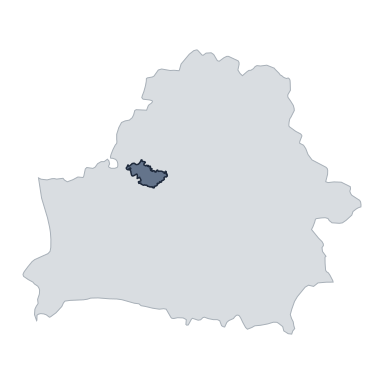 Valozhyn, Minsk, Belarus shown in context
{"feature_id": "67162791B19881563690612", "entity_name": "Valozhyn", "entity_type": "district", "adm_level": 2, "iso_a3": "BLR", "parent_name": "Belarus", "parent_adm1": "Minsk", "projection": "orthographic", "projection_center": [26.67, 54.05], "detail": "fine", "context": "in_parent", "style": "filled", "palette": "slate", "viewbox_px": 384, "rotation_deg": 0, "n_neighbors": 0, "source": "geoboundaries", "source_scale": "gbopen_adm2", "svg_char_len": 8602}
<svg xmlns="http://www.w3.org/2000/svg" viewBox="0 0 384 384"><path d="M333.1,282.1L326.2,282.2L318.0,282.9L313.6,286.4L308.5,285.2L305.1,287.2L297.4,296.6L294.5,301.5L291.8,309.1L290.3,314.6L291.5,318.4L293.2,321.8L293.8,325.6L294.7,328.6L292.8,330.9L291.7,334.1L288.2,333.7L283.8,330.9L282.7,326.6L279.2,323.8L277.0,322.3L273.4,322.2L267.8,323.9L260.4,325.3L254.8,325.8L251.8,327.5L247.4,329.2L245.6,327.5L242.9,322.6L240.6,317.8L239.2,315.7L237.9,315.1L236.4,315.3L234.7,316.9L233.5,318.5L228.8,320.6L226.8,322.4L224.7,327.0L223.2,326.7L221.6,325.7L219.7,320.7L217.2,319.6L213.2,319.6L208.3,318.6L204.4,317.2L202.9,317.6L200.6,319.8L198.1,320.2L192.5,318.3L191.4,319.2L188.3,324.9L186.8,325.2L185.9,324.5L186.3,319.6L183.1,317.9L177.6,317.7L173.8,318.5L171.9,318.3L170.9,317.4L166.2,309.2L163.7,308.7L159.3,309.2L152.7,308.2L145.2,306.4L141.1,305.7L138.9,303.8L134.3,303.2L121.9,299.7L116.8,299.0L109.4,298.8L98.0,297.9L90.7,298.1L87.3,299.2L83.4,299.8L69.9,300.4L65.0,301.1L63.5,302.8L61.8,306.5L56.0,312.8L50.4,316.9L49.4,317.2L46.3,314.8L43.7,313.9L40.6,313.6L38.4,314.2L37.0,315.2L36.9,320.2L36.6,320.7L34.5,314.6L34.9,309.2L36.3,306.2L38.1,303.5L37.6,299.4L39.4,294.0L39.6,290.0L39.0,288.2L37.8,286.2L34.4,283.9L32.9,282.1L28.3,279.6L23.7,276.5L23.0,274.7L23.3,273.5L24.2,271.7L28.0,266.6L32.1,261.6L34.7,259.6L48.0,253.6L50.1,251.3L50.8,247.4L50.9,239.5L50.4,232.2L49.6,227.2L47.5,217.8L41.6,198.1L38.5,177.9L41.0,179.2L47.1,179.9L51.9,178.7L54.4,178.6L56.6,179.1L63.0,178.3L64.5,180.1L67.3,181.8L72.9,179.7L77.9,177.0L83.0,177.5L83.8,176.1L85.3,169.0L86.8,167.5L92.9,168.4L95.2,167.1L97.6,163.7L101.2,161.6L104.2,161.6L107.4,159.2L108.9,160.9L109.6,163.9L108.5,166.2L108.9,167.1L111.1,168.3L114.8,168.3L117.2,167.4L117.8,166.1L117.8,163.6L117.2,161.3L115.7,159.4L112.8,158.3L110.7,158.2L110.4,157.0L111.1,154.3L113.0,149.5L115.3,145.0L116.7,143.4L116.9,141.8L116.7,139.2L116.7,134.3L118.8,127.6L121.5,122.5L125.1,120.9L129.4,120.1L132.2,117.7L133.6,114.9L134.8,110.5L136.2,109.7L146.6,110.2L148.2,105.9L149.1,104.7L151.1,103.4L152.5,101.8L152.0,100.6L149.3,99.9L143.1,99.2L141.8,97.7L142.2,96.0L143.9,91.5L145.5,85.7L146.3,81.2L146.4,78.6L147.3,77.9L152.3,77.0L154.0,76.1L158.3,70.0L161.6,69.0L170.1,70.5L174.0,70.3L179.0,70.7L179.4,70.0L181.1,64.0L189.3,54.2L193.7,50.7L196.5,49.9L197.5,50.1L202.1,55.1L203.1,55.3L206.1,53.1L211.2,52.8L213.7,54.5L217.3,60.6L219.1,61.3L224.0,57.7L226.7,56.4L228.6,56.4L238.2,60.9L239.0,62.4L239.1,64.3L237.9,70.0L240.0,73.4L242.4,75.7L247.1,71.6L248.9,70.4L250.8,70.3L253.4,68.7L255.2,66.5L257.0,65.6L260.5,66.0L266.8,65.2L274.3,68.2L275.0,69.2L278.9,73.1L280.3,75.0L281.6,75.6L283.7,77.4L286.4,78.5L288.2,78.0L289.1,78.6L290.0,80.1L290.2,82.7L290.4,90.3L288.0,94.4L287.7,95.8L288.0,97.4L290.3,100.6L293.3,105.4L294.1,108.3L294.3,110.5L290.9,117.2L289.8,118.8L289.1,122.0L288.8,125.3L289.2,126.6L295.8,131.4L300.6,133.9L301.7,135.2L301.9,136.0L299.7,141.7L299.6,143.2L303.5,145.2L305.8,148.7L308.0,154.5L312.0,159.9L325.9,167.2L327.2,168.5L327.7,170.3L327.6,174.2L325.7,181.7L328.0,182.6L334.0,181.9L341.3,182.2L350.3,186.7L350.5,189.0L349.8,191.2L350.6,193.4L351.7,195.2L359.7,200.4L360.6,202.0L361.0,204.8L360.9,206.9L358.9,207.5L356.6,208.7L353.0,211.5L351.8,215.1L346.0,220.4L342.3,222.9L339.3,223.3L332.0,222.8L329.3,220.6L328.0,218.5L325.2,217.7L321.5,217.9L316.4,218.6L315.4,219.3L314.7,222.1L312.9,226.8L311.5,229.5L318.6,238.2L322.1,241.7L323.3,243.9L323.4,245.6L322.0,247.6L322.5,251.5L326.0,256.3L325.0,257.2L325.1,263.5L325.6,270.2L326.5,271.7L328.4,272.9L330.0,275.3L332.8,280.7L333.1,282.1Z" fill="#d9dde1" stroke="#a8b0b8" stroke-width="1"/><path d="M161.4,182.0L161.6,181.8L161.7,181.4L161.7,181.2L161.8,180.8L162.2,180.5L162.5,180.4L162.9,180.3L163.3,180.2L163.7,179.9L163.9,179.6L164.2,179.4L164.3,179.1L164.3,178.9L164.2,178.6L164.1,178.4L164.0,178.1L164.0,177.8L164.1,177.5L164.4,177.3L164.6,177.2L164.8,177.0L165.0,176.9L165.3,176.8L165.6,176.8L165.9,176.9L166.2,176.9L166.4,176.9L166.7,176.6L166.7,176.4L167.1,176.2L167.3,175.9L167.3,175.7L167.2,175.3L167.1,175.1L167.0,174.9L167.0,174.5L167.1,174.3L167.0,174.1L166.8,174.0L166.7,174.1L166.4,174.2L166.3,173.8L166.3,173.6L166.3,173.4L166.2,173.3L166.2,172.9L166.3,172.4L166.2,172.1L166.2,171.7L165.9,171.5L165.8,172.0L165.6,172.5L165.3,172.7L165.0,173.0L164.8,173.2L164.3,173.3L164.2,173.2L164.3,173.0L164.4,172.8L164.4,172.6L164.4,172.4L164.4,172.1L164.1,172.1L163.7,172.1L163.2,171.9L162.9,171.9L162.5,171.7L162.3,171.5L161.8,171.2L161.6,171.2L161.2,171.2L160.6,171.2L160.4,171.2L160.1,171.1L159.7,171.1L159.4,171.2L159.2,171.3L158.7,171.4L158.3,171.2L158.1,171.0L158.0,170.8L157.9,170.5L157.7,170.2L157.3,170.1L157.2,170.1L156.9,170.4L156.8,170.6L156.7,170.8L156.3,170.9L156.2,171.0L156.1,171.6L156.1,171.8L155.9,172.0L155.6,172.0L155.2,172.0L154.8,171.7L154.7,171.4L154.6,171.1L154.3,170.9L154.1,170.8L153.9,170.8L153.5,170.7L153.3,170.7L153.1,170.7L152.9,171.0L152.7,171.3L152.1,171.2L152.1,170.9L151.8,170.6L151.5,170.6L151.1,170.5L150.7,170.4L150.6,170.1L150.9,169.9L151.1,169.8L151.5,169.7L151.9,169.3L152.0,168.9L151.7,168.7L151.3,168.6L151.1,168.5L150.9,168.5L150.6,168.6L150.2,168.6L150.2,168.4L150.3,168.2L150.5,167.9L150.5,167.5L150.5,167.1L150.4,166.9L150.4,166.6L150.3,166.4L150.2,166.3L149.9,166.6L149.9,166.8L149.7,166.8L149.5,166.6L149.3,166.3L149.1,166.3L148.8,166.5L148.7,166.6L148.4,166.5L148.5,166.2L148.6,165.8L148.5,165.6L148.3,165.5L148.1,165.5L147.9,165.7L147.9,165.9L147.8,166.1L147.6,166.2L147.4,166.1L147.3,165.9L147.3,165.7L147.2,165.4L146.9,165.3L146.7,165.3L146.4,165.4L146.3,165.5L146.1,165.6L145.9,165.7L145.7,165.8L145.1,165.6L144.9,165.4L144.7,165.3L144.4,165.1L144.2,165.0L143.9,164.8L143.9,164.6L143.9,164.4L144.0,164.0L144.0,163.8L144.1,163.5L144.4,163.3L144.7,163.0L145.0,162.9L145.2,162.6L145.3,162.4L145.2,162.1L144.9,161.9L144.6,161.8L144.4,161.7L144.1,161.6L143.9,161.6L143.7,161.6L143.3,161.5L143.0,161.5L142.6,161.5L142.3,161.4L142.2,161.2L142.1,160.7L141.9,160.3L141.8,159.9L141.6,159.9L141.2,160.0L141.0,160.5L140.9,160.8L140.7,161.2L140.5,161.6L140.2,162.0L139.8,162.6L139.3,163.2L139.1,163.5L138.6,163.9L138.2,164.3L137.5,164.4L136.9,164.6L136.1,164.5L135.4,164.2L135.1,163.8L134.7,163.5L134.3,163.3L133.8,163.3L133.5,163.3L133.3,163.4L132.9,163.5L132.3,163.5L132.0,163.7L131.8,164.0L131.5,164.4L130.5,165.1L129.8,165.8L129.5,165.9L129.0,166.1L128.5,166.1L128.4,165.7L128.3,165.4L128.2,165.1L127.9,165.1L127.7,165.2L127.6,165.5L127.5,165.9L127.5,166.2L127.4,166.5L127.0,167.0L126.7,167.3L126.5,167.5L126.3,168.0L126.3,168.3L126.6,169.0L127.0,169.2L127.4,169.6L128.2,169.8L128.9,169.8L129.4,169.7L129.5,169.4L129.4,168.9L129.1,168.4L129.4,168.3L129.6,168.2L129.9,168.5L130.2,168.5L130.5,168.1L130.7,168.3L130.8,168.6L130.4,169.2L130.3,169.6L130.3,170.1L130.3,170.5L130.5,170.9L130.8,171.3L130.9,171.8L130.9,172.2L131.0,172.9L131.2,173.6L131.3,174.2L131.5,174.8L131.7,175.3L132.0,175.7L132.3,175.9L133.0,175.9L133.5,175.8L134.1,175.5L134.9,175.1L135.5,174.7L135.9,174.4L136.4,174.2L136.7,174.1L137.1,174.4L137.2,174.9L137.3,175.5L137.3,176.2L137.4,176.9L137.4,177.5L137.2,177.8L137.1,178.0L137.2,178.4L137.4,178.4L137.7,178.4L138.0,178.2L138.4,177.9L138.8,177.7L139.2,177.6L139.6,177.4L139.7,177.7L140.0,178.2L140.4,178.8L140.7,179.3L140.9,180.0L140.9,180.8L140.6,181.0L140.0,181.2L139.6,181.4L139.0,181.5L138.6,181.7L138.4,182.0L138.5,182.3L138.8,182.7L138.8,183.0L138.9,183.3L139.2,183.3L139.6,183.3L139.8,183.2L140.2,183.2L140.4,183.1L140.6,183.1L140.8,183.2L140.8,183.4L140.8,183.7L140.9,183.9L141.1,184.0L141.3,184.2L141.6,184.3L141.8,184.4L142.1,184.5L142.3,184.7L142.8,184.9L143.1,185.1L143.4,185.2L143.6,185.2L143.9,185.2L144.0,185.1L144.3,185.0L144.5,184.9L144.8,184.9L145.2,185.2L145.4,185.2L145.7,185.2L146.2,185.2L146.4,185.2L146.9,185.3L147.1,185.5L147.3,185.9L147.5,186.2L147.9,186.3L148.3,186.4L148.6,186.4L149.0,186.5L149.3,186.7L149.6,186.8L149.8,186.9L150.1,187.0L150.4,186.9L150.5,186.8L151.0,186.9L151.3,186.9L151.6,186.8L151.9,186.7L152.1,186.7L152.2,186.9L152.2,187.2L152.3,187.5L152.6,187.6L152.8,187.6L153.1,187.5L153.3,187.5L153.5,187.5L153.8,187.9L154.1,187.8L154.3,187.6L154.4,187.4L154.4,187.2L154.1,187.0L154.1,186.7L154.3,186.4L154.6,186.4L154.8,186.3L155.0,186.2L155.3,186.1L155.6,186.1L156.0,185.9L156.5,185.7L156.9,185.5L157.0,185.3L157.3,184.9L157.5,184.5L157.4,184.2L157.2,184.0L157.2,183.7L157.4,183.4L157.6,183.3L157.8,183.3L158.0,183.3L158.4,183.5L158.5,183.5L158.9,183.3L159.1,183.1L159.4,182.7L159.5,182.5L159.6,182.2L159.6,181.9L160.0,181.7L160.1,181.8L160.1,182.0L160.4,182.3L160.7,182.3L160.8,182.3L161.0,182.2L161.3,182.0L161.4,182.0Z" fill="#64748b" stroke="#1e293b" stroke-width="1.5"/></svg>